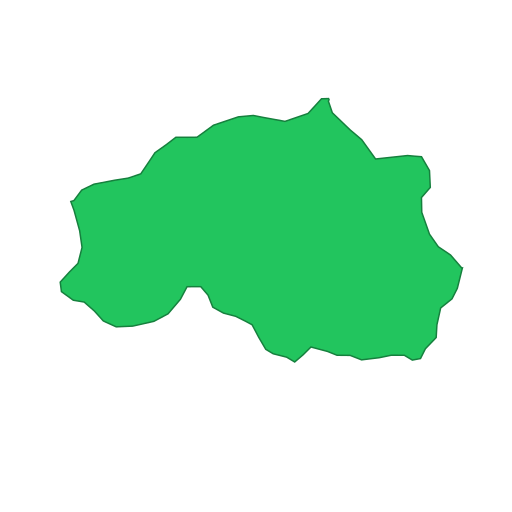 the district of Heby, Västmanland, Sweden, rotated 76°
{"feature_id": "70781695B62242352773373", "entity_name": "Heby", "entity_type": "district", "adm_level": 2, "iso_a3": "SWE", "parent_name": "Sweden", "parent_adm1": "Västmanland", "projection": "orthographic", "projection_center": [17.041, 60.088], "detail": "fine", "context": "isolated", "style": "filled", "palette": "green", "viewbox_px": 512, "rotation_deg": 76, "n_neighbors": 0, "source": "geoboundaries", "source_scale": "gbopen_adm2", "svg_char_len": 1209}
<svg xmlns="http://www.w3.org/2000/svg" viewBox="0 0 512 512"><g transform="rotate(76 256 256)"><path d="M197.5,78.0L195.2,84.6L190.8,116.5L168.7,125.3L156.5,134.1L135.5,147.3L123.3,148.3L122.0,147.3L120.8,147.5L119.3,154.4L130.3,171.0L132.4,195.3L123.4,215.2L119.0,224.6L116.7,239.5L118.8,265.6L126.5,284.5L124.2,293.9L121.4,305.0L126.3,316.2L131.3,329.0L137.9,336.2L148.4,347.9L149.5,361.3L148.3,374.6L147.1,395.8L149.9,409.2L158.2,419.3L158.3,422.5L167.7,421.5L188.9,421.0L205.6,422.7L220.1,430.5L226.2,440.6L234.0,452.3L243.5,453.4L254.7,444.0L259.1,433.9L270.3,426.1L282.0,419.9L284.0,417.5L290.9,408.8L294.2,392.6L294.7,370.9L290.8,355.3L279.7,339.8L269.1,330.3L272.4,317.0L282.4,312.0L295.2,310.3L303.5,301.4L309.6,290.3L316.8,281.9L321.8,276.4L335.6,273.0L348.9,269.1L355.0,263.0L361.6,250.7L368.2,244.1L363.2,234.1L357.6,224.7L365.9,209.7L371.9,201.4L375.2,188.7L380.3,181.5L382.3,178.7L384.5,161.0L385.0,148.8L388.2,136.1L394.8,129.5L395.3,121.2L387.0,114.1L378.7,100.9L366.5,97.1L351.1,89.4L345.0,76.2L336.1,68.5L317.5,58.6L317.5,59.2L302.1,67.0L291.1,76.9L276.8,82.4L253.7,84.6L239.3,81.3L231.6,70.3L215.1,67.0L199.7,71.4L197.5,78.0Z" fill="#22c55e" stroke="#15803d" stroke-width="1.5"/></g></svg>